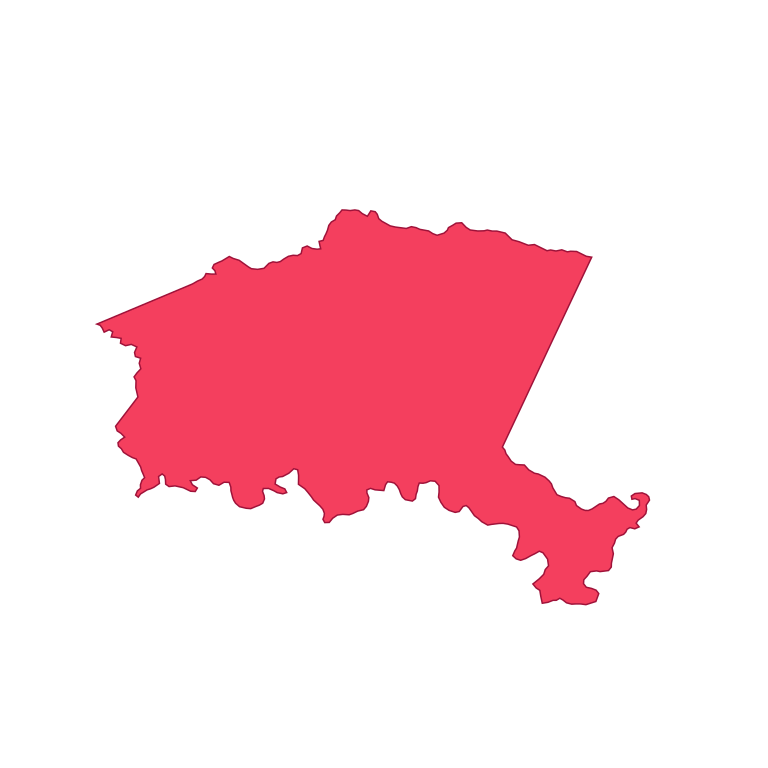 the district of Uirapuru, Goiás, Brazil, rotated 110°
{"feature_id": "56859067B35943950615068", "entity_name": "Uirapuru", "entity_type": "district", "adm_level": 2, "iso_a3": "BRA", "parent_name": "Brazil", "parent_adm1": "Goiás", "projection": "robinson", "projection_center": [-49.926, -14.136], "detail": "fine", "context": "isolated", "style": "filled", "palette": "rose", "viewbox_px": 768, "rotation_deg": 110, "n_neighbors": 0, "source": "geoboundaries", "source_scale": "gbopen_adm2", "svg_char_len": 4732}
<svg xmlns="http://www.w3.org/2000/svg" viewBox="0 0 768 768"><g transform="rotate(110 384 384)"><path d="M411.1,129.5L414.4,134.1L418.3,135.3L421.2,137.4L423.1,140.5L430.2,145.7L432.9,148.6L434.0,151.7L434.0,155.7L432.4,161.6L429.2,164.4L427.9,170.6L428.8,174.6L429.1,179.1L428.9,183.6L423.9,189.8L420.6,192.5L418.7,195.5L416.5,200.8L415.8,208.2L416.4,212.1L415.2,218.6L412.1,224.4L413.5,228.9L414.6,232.9L413.0,238.1L409.7,242.6L407.8,245.5L404.7,247.9L402.8,251.2L350.1,246.4L291.6,241.2L193.8,232.2L194.8,237.6L193.6,248.3L195.4,254.0L197.1,256.9L197.1,262.8L200.2,267.9L201.1,273.3L203.0,276.4L202.4,282.0L201.5,290.3L204.3,295.9L204.1,305.9L204.7,313.0L200.7,321.7L201.7,330.2L203.3,334.7L204.0,339.6L205.8,342.3L208.1,348.1L209.8,355.7L208.7,360.4L205.9,366.1L208.2,371.3L211.3,373.7L215.0,376.9L217.9,377.1L221.7,379.2L226.1,385.0L226.0,389.7L224.9,394.4L226.4,403.1L226.1,407.4L226.8,412.1L230.2,416.2L231.3,421.1L232.6,426.9L233.3,432.3L232.5,437.2L231.8,441.7L230.4,445.5L226.8,448.4L225.1,451.2L225.8,455.6L229.1,456.3L232.1,457.0L231.3,462.8L229.7,467.1L230.4,470.9L232.6,475.1L233.6,479.3L234.8,483.0L238.1,484.1L242.4,486.1L246.3,486.0L249.8,488.9L253.8,490.1L258.9,489.7L262.8,489.9L265.9,490.3L269.9,490.3L272.2,493.8L275.6,491.7L278.6,489.7L280.2,492.9L281.3,498.0L280.6,503.4L284.0,507.2L289.8,506.5L292.9,509.2L294.1,513.4L296.7,517.5L300.7,520.8L304.4,523.3L306.4,526.2L307.2,530.1L310.0,533.4L316.3,536.3L319.5,542.0L321.0,548.0L320.4,551.3L317.3,562.4L317.6,568.6L317.1,573.0L323.8,578.4L326.2,581.0L329.8,584.6L333.7,585.0L335.4,581.6L338.2,579.6L339.7,583.6L341.1,589.0L344.3,589.3L347.6,590.8L351.1,594.5L355.5,598.2L425.9,674.3L425.9,670.8L427.7,668.0L431.0,664.7L427.0,660.8L427.7,656.8L433.1,656.4L431.8,651.2L431.0,646.6L435.8,645.6L436.4,640.0L433.2,635.0L433.7,628.9L439.7,629.2L443.2,627.0L443.0,621.5L448.2,621.1L452.9,617.7L458.0,619.9L462.8,621.3L465.6,618.2L468.9,617.1L472.5,615.9L476.2,613.5L480.4,610.8L515.5,621.8L519.3,618.7L520.3,614.4L522.6,609.5L526.5,612.3L530.2,613.9L533.2,612.3L534.7,608.6L537.3,605.4L538.5,600.0L539.2,595.3L539.2,591.3L545.2,584.3L548.3,582.1L550.9,579.6L553.9,576.9L557.2,578.5L562.1,578.4L565.3,577.1L568.8,579.2L573.3,579.4L574.4,576.2L570.6,575.2L567.2,572.5L564.5,570.4L562.3,567.5L559.7,564.9L554.2,561.0L548.0,564.2L544.4,561.7L545.5,558.6L548.5,556.7L552.8,554.9L553.9,550.9L551.2,545.5L550.1,537.2L550.9,529.0L549.6,524.6L545.6,523.8L544.2,529.6L541.1,533.0L538.6,527.6L534.0,524.4L532.7,519.7L533.5,514.8L536.0,510.1L535.6,504.5L531.0,500.7L529.4,495.8L533.4,492.6L536.7,491.3L539.7,489.2L542.4,487.4L544.7,485.4L546.8,482.7L548.7,477.8L547.9,471.0L546.7,466.6L543.0,462.6L540.5,459.7L537.5,457.2L532.9,457.0L529.9,458.5L526.4,461.4L523.5,461.7L521.6,456.7L522.0,450.7L522.6,447.3L521.8,441.5L519.3,438.3L516.5,441.3L516.3,446.4L515.2,452.1L510.1,453.1L507.2,450.7L505.6,447.6L500.4,442.9L494.5,439.8L494.1,435.8L498.9,433.1L501.9,432.0L507.5,430.1L509.5,422.6L511.7,418.7L514.9,413.5L517.1,410.5L518.8,406.5L520.4,402.6L522.6,398.6L525.9,395.8L528.8,395.1L532.0,395.1L534.5,392.3L532.8,388.1L527.7,386.3L523.1,383.0L520.6,378.2L518.8,372.0L516.3,369.0L512.4,365.2L509.1,360.2L505.0,358.7L499.7,358.5L495.9,359.4L492.2,362.8L489.4,363.9L486.7,361.0L486.5,356.2L484.2,347.7L478.1,348.1L474.7,347.2L473.8,343.6L473.6,340.3L475.4,336.5L478.1,333.4L481.4,330.7L483.8,328.2L485.4,324.4L484.3,317.3L481.0,315.2L476.7,316.1L473.1,316.1L468.9,317.0L465.0,317.0L463.9,313.4L462.3,310.7L459.1,307.3L457.9,302.7L460.6,297.6L466.7,295.3L471.7,294.1L475.7,290.1L479.2,285.2L480.5,279.6L480.3,273.2L478.1,269.7L472.1,267.9L470.1,265.2L471.2,262.0L473.6,258.5L476.8,254.0L478.1,249.5L480.0,245.0L481.1,238.3L479.0,234.7L475.7,228.2L474.2,224.4L473.3,219.7L473.0,210.5L475.8,206.9L481.5,204.4L485.4,204.2L492.8,203.3L496.0,204.0L501.3,204.3L503.1,200.0L502.9,195.3L499.6,191.2L495.2,187.4L491.2,183.6L488.0,180.9L488.2,176.9L492.6,170.4L498.6,167.2L503.2,169.0L508.2,168.8L514.0,171.5L521.0,175.7L523.6,171.3L524.6,167.0L529.8,164.1L535.9,160.3L533.1,155.3L529.5,151.2L528.3,148.1L525.2,145.5L525.8,141.9L527.2,137.7L526.7,132.4L525.0,128.4L523.4,123.9L522.3,118.8L515.9,110.5L507.5,110.5L505.2,114.2L505.1,119.0L505.8,124.4L503.4,128.2L499.6,129.3L495.3,127.5L489.8,125.9L486.9,120.3L486.4,116.8L482.5,109.2L478.3,107.8L474.6,109.0L465.1,110.4L459.8,113.7L454.7,113.0L450.6,113.3L447.1,111.8L443.3,107.4L440.5,106.2L437.3,105.9L434.8,103.8L434.3,98.8L431.0,95.4L428.5,99.5L425.0,98.6L420.1,95.2L416.2,93.7L412.1,94.3L408.1,96.2L402.3,94.8L399.4,96.7L398.1,99.7L398.0,104.2L401.1,110.7L404.7,113.3L407.5,111.6L405.8,108.8L406.0,104.3L410.8,102.4L415.3,104.2L417.3,107.4L417.1,112.5L412.5,123.7L411.1,129.5Z" fill="#f43f5e" stroke="#9f1239" stroke-width="1.5"/></g></svg>